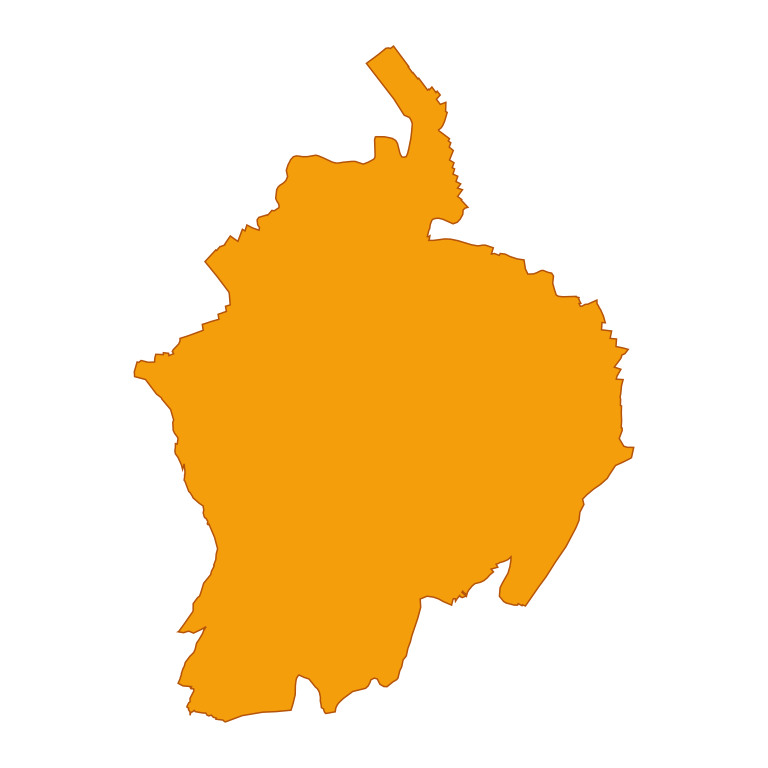 Jaltocán, Hidalgo, Mexico
{"feature_id": "50627088B46282994353665", "entity_name": "Jaltocán", "entity_type": "district", "adm_level": 2, "iso_a3": "MEX", "parent_name": "Mexico", "parent_adm1": "Hidalgo", "projection": "mercator", "projection_center": [-98.528, 21.154], "detail": "fine", "context": "isolated", "style": "filled", "palette": "amber", "viewbox_px": 768, "rotation_deg": 0, "n_neighbors": 0, "source": "geoboundaries", "source_scale": "gbopen_adm2", "svg_char_len": 6110}
<svg xmlns="http://www.w3.org/2000/svg" viewBox="0 0 768 768"><path d="M385.9,48.3L378.9,54.1L366.4,63.4L393.8,98.9L404.2,115.2L409.5,117.5L410.9,119.9L412.3,123.6L411.6,132.1L410.8,138.6L408.8,148.6L407.5,153.8L406.1,156.7L403.7,157.2L401.9,156.9L400.6,154.9L399.7,152.5L397.5,143.6L395.8,140.6L392.5,138.5L389.2,137.7L384.6,136.8L377.2,136.7L375.4,136.9L374.6,139.7L375.1,154.9L374.9,157.4L373.8,159.2L367.8,162.4L363.2,164.1L355.1,161.4L351.8,161.4L342.6,162.3L338.8,163.0L336.0,163.0L332.5,162.2L322.9,157.7L318.5,155.9L315.9,155.2L307.1,156.7L302.4,156.7L299.6,156.2L296.5,155.9L293.4,156.7L290.8,159.5L288.0,164.9L286.3,170.3L287.6,176.6L285.9,180.6L283.2,183.2L279.9,185.3L278.3,186.8L276.7,189.6L275.7,198.4L277.0,201.4L278.4,203.5L279.1,205.7L278.9,207.7L274.2,210.8L271.9,210.4L269.1,213.7L267.3,215.3L267.0,214.9L258.8,217.4L257.1,219.9L257.7,224.9L259.5,227.6L259.1,230.2L252.7,228.0L246.9,225.0L245.0,230.9L242.4,229.3L237.9,241.4L230.3,236.0L225.0,243.8L224.8,244.9L220.0,246.8L219.9,246.7L216.6,250.5L215.8,249.9L205.0,261.6L216.9,276.2L228.9,292.1L229.3,293.9L230.2,304.9L225.5,306.3L226.4,311.4L218.1,314.3L218.9,319.3L210.8,321.6L206.9,323.0L202.3,324.4L203.2,330.3L186.7,336.3L180.0,338.4L180.0,341.0L178.7,344.0L173.0,350.0L172.8,351.1L172.3,351.4L173.6,353.7L168.9,355.6L168.6,353.3L163.4,352.7L163.3,354.6L155.8,354.3L154.8,358.3L154.6,362.0L148.4,362.3L141.1,360.5L138.8,362.4L137.1,362.0L134.3,371.8L134.6,376.6L145.5,379.5L156.5,394.1L161.4,397.8L161.7,398.9L170.6,409.5L173.7,420.2L173.1,421.3L172.8,422.7L173.2,430.3L174.5,433.1L177.9,437.8L177.9,439.3L177.2,444.1L175.4,443.6L175.4,446.7L174.9,451.2L175.5,454.0L177.9,457.2L181.3,464.6L182.6,469.4L184.1,463.9L185.0,471.7L184.8,475.1L184.5,475.3L184.7,476.9L184.2,479.1L184.2,480.4L184.9,481.1L188.7,491.3L190.4,493.1L192.9,497.2L192.9,497.7L199.0,503.1L203.3,506.1L203.2,507.2L203.8,509.9L203.2,512.9L204.3,517.0L205.2,518.0L206.1,518.5L207.9,521.7L207.3,523.3L207.6,524.3L208.1,524.7L208.9,524.0L214.6,537.5L217.6,548.8L216.2,554.1L215.8,559.7L213.7,565.1L214.2,565.9L211.4,571.4L210.7,574.6L203.7,583.2L200.7,593.1L199.5,596.2L197.7,597.5L193.2,603.6L193.1,611.2L183.2,625.4L178.7,631.5L178.2,631.8L183.7,632.7L186.2,631.8L189.0,631.2L193.5,633.1L201.1,629.5L206.1,626.7L204.0,629.6L204.3,629.7L203.6,630.7L202.6,633.5L199.0,639.6L196.6,643.1L195.1,649.5L193.7,652.5L189.9,656.3L185.3,662.4L184.2,666.4L183.0,668.6L181.3,673.8L181.5,674.4L180.3,677.7L180.0,679.0L178.1,683.3L183.0,685.9L191.6,686.6L191.5,687.2L190.4,687.7L191.0,688.8L193.6,688.8L193.8,691.0L190.0,698.4L190.1,701.8L188.8,702.7L187.1,706.0L186.9,707.1L188.6,708.1L188.5,709.7L190.0,712.0L190.1,715.3L190.8,712.5L192.7,711.7L194.2,710.4L195.4,711.7L202.8,713.0L205.8,713.1L207.0,715.1L208.9,715.9L211.3,715.1L213.4,717.4L216.1,717.9L215.9,719.2L223.0,720.1L224.4,721.5L225.4,721.9L242.3,715.6L262.5,712.2L275.9,711.6L291.0,710.2L293.0,703.8L295.2,694.7L295.4,685.6L295.9,681.2L296.5,678.4L297.8,676.2L299.0,675.0L304.2,677.4L309.0,679.0L315.4,687.0L317.6,688.9L319.4,692.3L320.4,697.2L320.3,701.0L321.0,704.1L321.4,707.6L323.5,708.9L324.2,711.4L324.9,712.7L325.8,713.5L335.2,711.8L335.8,708.0L337.2,705.0L339.1,702.5L343.3,698.5L352.7,691.5L365.6,688.3L368.1,686.0L370.0,682.5L370.9,679.8L374.3,678.1L377.3,679.0L379.9,684.2L383.7,686.5L387.0,686.7L392.9,681.9L396.6,679.7L398.0,678.0L399.7,670.9L401.7,666.7L403.1,659.9L406.3,655.9L407.9,648.4L410.3,642.0L411.9,635.6L417.8,618.1L420.7,607.3L420.2,599.0L427.1,596.2L433.4,597.1L438.6,598.9L443.2,601.5L451.6,605.1L452.8,600.0L453.4,598.7L455.3,598.8L455.5,601.2L456.9,599.0L459.7,595.5L460.2,596.6L462.2,597.6L465.8,596.1L466.4,596.5L466.5,596.2L461.9,592.4L462.7,591.2L463.5,592.3L466.8,594.8L467.5,592.2L468.9,589.9L472.3,585.8L475.0,583.6L480.6,582.2L483.9,580.6L487.1,578.0L490.0,574.7L492.9,572.4L492.8,572.1L493.4,571.8L491.1,569.1L497.8,567.2L496.1,564.2L498.0,563.6L499.8,562.6L503.9,561.4L508.0,559.6L511.0,556.8L510.9,560.4L509.9,566.6L508.0,573.2L502.3,583.2L500.1,587.7L499.4,596.3L503.7,601.5L506.1,603.0L514.3,605.1L517.6,605.1L518.2,603.6L522.0,605.7L522.6,604.8L525.4,606.0L538.9,586.5L546.0,576.9L555.7,561.6L566.0,546.6L575.9,527.8L579.0,520.4L579.9,512.2L583.9,504.5L582.6,499.1L586.8,494.8L593.6,489.1L600.7,484.2L607.3,478.3L609.3,474.9L615.5,465.5L623.0,462.1L630.9,458.1L631.5,457.5L633.7,447.4L627.2,447.3L623.8,446.2L619.2,438.5L622.2,430.4L622.1,428.0L621.2,427.7L621.6,420.8L621.3,413.3L621.5,405.9L620.4,405.5L620.6,399.3L620.1,397.0L620.8,393.1L621.5,385.8L623.1,379.6L616.3,379.2L616.9,376.3L620.9,369.3L614.3,367.1L620.4,359.0L621.3,357.3L621.9,355.0L624.9,353.7L628.2,349.4L623.2,348.0L616.0,346.5L616.5,339.0L610.1,338.4L611.6,331.0L601.5,329.8L602.0,322.5L605.3,322.8L603.4,316.0L600.5,309.5L598.9,307.3L598.8,306.5L597.0,303.6L596.9,300.1L587.7,304.2L585.0,304.4L582.2,306.1L580.4,306.3L579.0,303.5L580.8,303.3L579.3,300.3L578.6,298.5L579.0,297.6L576.1,296.9L576.1,296.4L562.9,296.8L558.5,296.3L556.3,295.1L554.7,290.4L552.7,283.2L553.5,276.1L551.6,273.1L548.2,272.4L543.1,270.4L541.0,270.6L536.8,272.7L533.6,273.9L527.9,274.1L525.4,268.9L524.0,259.9L517.2,258.9L510.2,256.6L505.1,254.1L500.2,253.5L499.3,255.4L494.4,253.5L491.4,254.0L493.3,247.8L485.6,245.2L483.1,245.1L477.9,245.9L475.4,245.5L471.6,244.8L458.0,240.7L450.7,239.2L445.0,238.9L433.6,240.4L428.8,240.4L429.2,239.7L429.9,235.8L428.2,236.8L427.3,236.6L428.9,230.1L429.6,228.9L430.3,224.4L431.8,220.4L432.9,219.2L436.3,218.3L438.9,218.3L442.7,219.2L453.1,223.8L457.2,222.3L460.2,219.1L462.8,214.4L463.1,210.0L465.1,208.1L467.9,207.3L461.2,200.1L461.7,199.5L457.6,196.5L462.5,189.7L457.5,188.1L460.7,183.9L456.0,181.5L457.8,176.3L453.0,174.1L454.6,168.9L452.2,167.7L454.0,162.8L449.5,160.0L453.3,150.5L449.2,147.1L450.8,142.8L448.3,140.9L449.5,138.7L438.9,130.8L438.5,130.0L441.2,127.8L442.9,125.2L444.7,121.0L447.2,112.4L445.6,111.5L445.9,102.3L440.3,104.4L436.4,99.3L440.2,95.0L437.2,91.2L436.0,92.6L431.9,87.0L429.4,89.7L428.8,89.1L427.6,90.1L418.7,78.2L417.9,78.9L412.9,72.5L412.4,72.7L408.2,66.8L408.7,66.5L393.5,46.1L390.4,48.5L388.5,47.9L385.9,48.3Z" fill="#f59e0b" stroke="#b45309" stroke-width="1.5"/></svg>